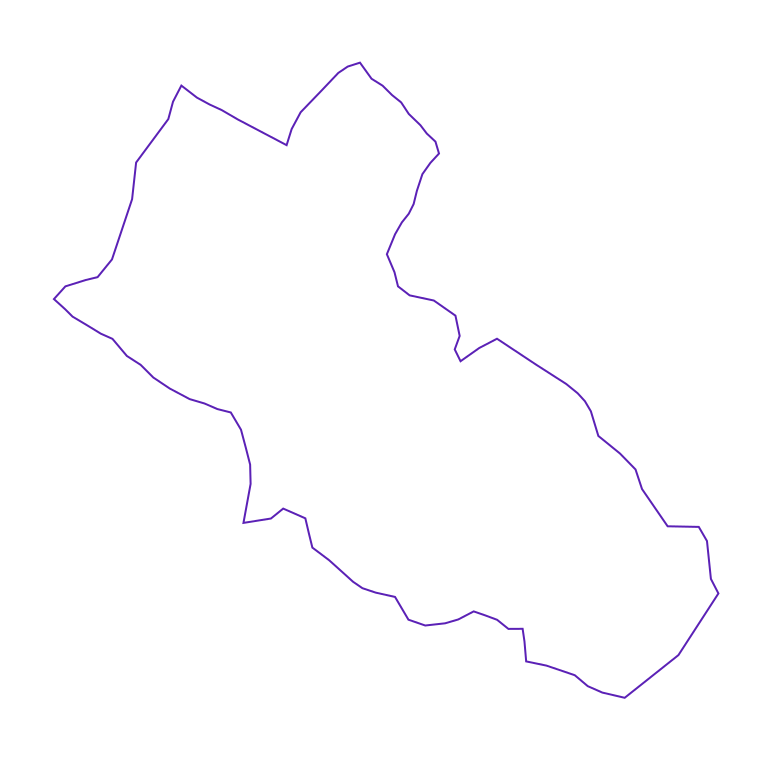 outline of Presidente Castelo Branco, Paraná, Brazil, rotated 88°
{"feature_id": "56859067B40878166558418", "entity_name": "Presidente Castelo Branco", "entity_type": "district", "adm_level": 2, "iso_a3": "BRA", "parent_name": "Brazil", "parent_adm1": "Paraná", "projection": "orthographic", "projection_center": [-52.155, -23.264], "detail": "fine", "context": "isolated", "style": "outline", "palette": "violet", "viewbox_px": 768, "rotation_deg": 88, "n_neighbors": 0, "source": "geoboundaries", "source_scale": "gbopen_adm2", "svg_char_len": 1457}
<svg xmlns="http://www.w3.org/2000/svg" viewBox="0 0 768 768"><g transform="rotate(88 384 384)"><path d="M536.1,105.5L498.0,129.8L478.2,135.6L461.7,150.6L443.4,171.6L418.5,178.2L408.2,183.8L400.0,190.8L390.4,201.8L370.2,231.0L342.7,269.5L351.3,287.5L363.9,306.7L351.9,312.1L338.6,306.7L318.2,310.2L302.3,331.3L296.3,355.3L286.9,366.6L272.7,369.6L254.4,376.6L234.7,367.7L223.1,360.5L214.7,353.3L205.2,348.1L192.1,344.4L175.6,338.3L164.6,329.9L155.6,321.0L143.6,324.1L135.2,332.5L126.6,338.6L115.0,349.8L103.2,357.0L95.5,365.9L85.8,375.0L78.5,385.8L62.0,396.8L65.5,409.2L71.5,418.8L88.7,436.3L109.5,457.8L126.0,467.4L141.9,473.0L114.5,520.9L104.6,536.6L98.6,548.5L91.3,560.9L78.7,576.1L94.5,585.0L111.7,590.3L154.0,624.0L190.5,629.3L250.0,651.5L267.2,666.5L269.7,678.6L275.3,699.0L287.6,710.9L298.1,700.1L305.8,692.9L315.0,678.6L323.8,665.3L329.4,653.8L347.0,640.0L356.4,626.5L369.5,614.3L381.1,598.2L392.3,578.8L397.2,564.1L403.2,551.5L407.1,538.1L424.7,528.5L443.0,524.3L459.9,520.6L479.2,520.8L517.9,529.3L514.5,501.7L505.0,489.1L515.5,467.3L530.6,464.3L545.0,461.3L558.1,445.1L568.4,434.4L580.6,421.8L587.3,412.7L592.2,399.6L597.2,380.4L620.4,367.8L626.8,351.2L625.3,331.3L621.9,318.0L614.4,302.3L618.7,291.1L623.6,279.2L633.1,268.2L633.5,254.0L646.2,252.6L666.2,251.6L671.1,231.5L681.7,203.5L693.1,190.9L700.0,176.6L706.0,154.4L665.2,99.2L605.0,57.1L590.2,64.1L552.2,66.7L537.8,74.4L536.1,105.5Z" fill="none" stroke="#5b21b6" stroke-width="2"/></g></svg>